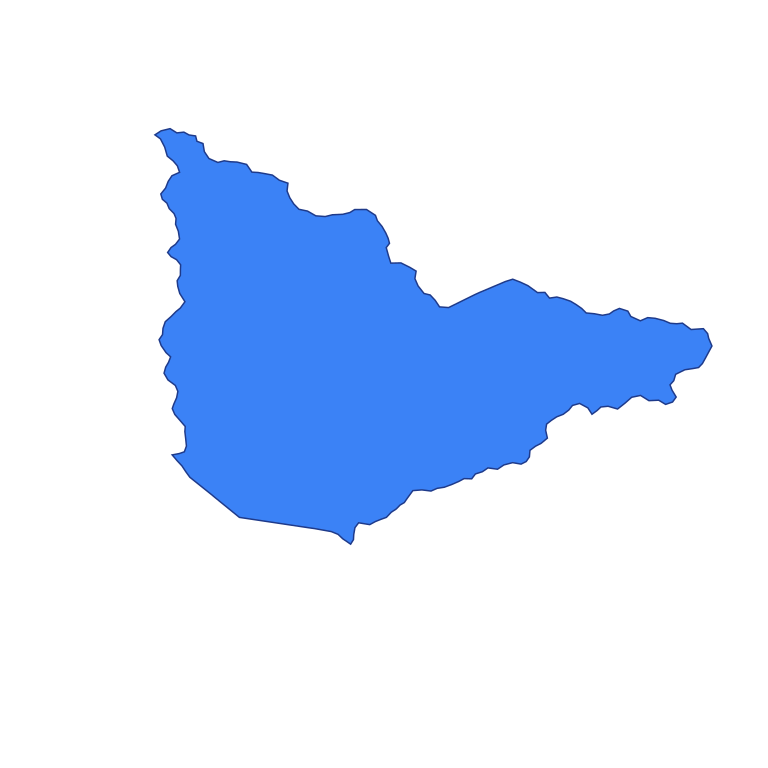 the district of Gaspar, Santa Catarina, Brazil, rotated 109°
{"feature_id": "56859067B46612924507045", "entity_name": "Gaspar", "entity_type": "district", "adm_level": 2, "iso_a3": "BRA", "parent_name": "Brazil", "parent_adm1": "Santa Catarina", "projection": "equal_earth", "projection_center": [-48.984, -26.919], "detail": "fine", "context": "isolated", "style": "filled", "palette": "blue", "viewbox_px": 768, "rotation_deg": 109, "n_neighbors": 0, "source": "geoboundaries", "source_scale": "gbopen_adm2", "svg_char_len": 2875}
<svg xmlns="http://www.w3.org/2000/svg" viewBox="0 0 768 768"><g transform="rotate(109 384 384)"><path d="M223.0,681.7L225.0,675.2L231.4,668.5L239.1,663.1L241.7,656.0L245.0,650.4L250.4,646.2L256.1,652.3L262.6,654.0L269.8,654.3L277.0,656.9L281.5,653.7L283.7,648.1L288.1,644.2L291.2,638.0L295.2,634.5L300.8,633.1L306.5,628.2L313.5,624.5L319.8,626.6L324.3,629.8L330.1,631.4L332.9,626.8L334.0,620.6L337.5,615.1L341.9,613.8L347.6,611.9L353.7,613.2L358.8,610.8L364.9,606.6L371.0,599.0L378.5,601.3L383.3,604.3L389.4,607.2L396.3,611.1L403.3,611.1L409.4,609.5L415.3,611.1L420.2,607.2L425.3,600.3L427.8,594.6L433.6,594.8L439.1,595.9L445.4,595.5L450.5,589.6L453.3,580.8L458.1,576.5L464.5,575.6L471.6,576.2L476.2,576.2L480.9,571.9L484.8,565.1L488.9,558.1L493.8,556.8L500.7,553.5L507.0,550.6L513.1,550.7L516.4,554.9L520.0,561.2L523.9,554.6L527.2,548.4L531.5,542.8L535.4,537.2L544.4,512.0L546.7,505.9L557.2,477.3L544.5,408.7L543.3,402.5L540.7,385.8L541.1,378.5L543.8,372.6L546.3,363.4L541.1,362.2L536.2,363.6L529.3,364.7L523.5,362.8L521.6,351.7L516.9,347.4L513.0,342.9L509.3,338.3L502.9,335.4L498.1,331.7L493.2,329.4L489.5,326.2L484.8,324.9L475.4,322.0L471.8,313.7L469.9,304.7L465.3,299.7L462.0,293.4L456.5,286.7L451.5,281.3L447.4,277.5L445.1,270.2L439.3,268.3L434.9,262.4L429.5,258.4L427.6,248.9L421.5,244.3L416.5,236.8L415.1,228.3L411.0,224.3L405.6,222.8L399.2,224.4L393.5,220.5L388.9,216.1L382.0,211.9L375.1,216.1L369.0,217.2L364.0,214.0L358.8,210.0L354.3,204.7L348.5,200.8L342.9,198.8L338.7,192.7L340.2,183.5L344.9,177.5L339.9,174.0L335.1,171.4L332.1,164.9L331.6,155.0L323.5,149.8L315.9,145.5L311.3,137.7L313.5,128.1L309.9,119.0L311.6,111.1L307.1,105.3L301.2,103.5L296.0,109.7L291.7,113.3L286.5,111.1L279.9,111.4L272.6,104.2L268.7,96.7L266.0,91.9L261.0,89.6L254.2,88.4L248.6,87.5L241.3,86.3L235.1,91.9L231.0,94.4L227.7,100.0L232.5,111.4L229.3,121.6L231.7,126.8L233.4,133.1L232.9,140.2L233.6,149.0L235.4,156.3L240.8,162.2L239.8,172.6L235.7,177.2L235.9,186.0L240.2,190.7L244.4,193.7L247.9,199.8L249.1,208.1L251.0,215.9L248.2,221.7L246.4,228.0L245.0,234.5L245.0,242.4L245.5,248.9L248.9,255.5L245.0,261.7L247.6,268.6L244.2,279.8L243.3,288.2L243.0,296.4L247.6,302.6L266.2,323.3L269.9,327.2L290.7,347.8L293.0,356.6L288.2,362.9L284.8,369.3L285.4,375.6L280.2,383.7L274.3,389.1L266.8,390.4L265.3,397.5L264.0,407.4L267.5,416.9L261.6,421.3L254.3,426.3L249.2,424.6L244.8,427.6L240.6,431.5L235.7,437.1L231.8,443.4L227.3,447.0L224.7,457.4L228.6,468.5L233.0,472.1L237.0,478.3L240.8,487.9L244.8,494.1L247.2,503.2L245.4,512.6L246.5,521.3L243.1,528.0L238.6,533.7L233.1,538.5L225.4,540.2L225.4,549.3L222.8,557.5L224.0,565.8L225.0,571.9L226.7,577.9L221.1,585.4L222.0,595.2L223.9,601.7L225.0,607.8L228.6,613.2L227.8,622.9L222.8,629.5L215.6,633.4L215.4,639.9L210.8,642.9L212.0,649.4L211.0,655.2L214.0,661.6L212.2,669.4L217.2,677.2L223.0,681.7Z" fill="#3b82f6" stroke="#1e3a8a" stroke-width="1.5"/></g></svg>